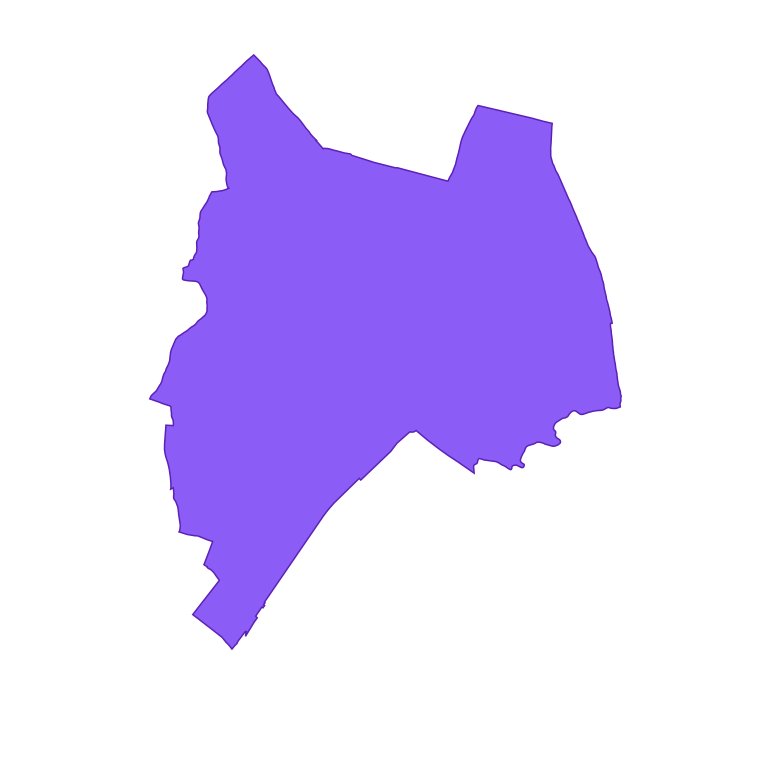 the district of Priponesti, Galati, Romania, rotated 13°
{"feature_id": "2599482B25446233483835", "entity_name": "Priponesti", "entity_type": "district", "adm_level": 2, "iso_a3": "ROU", "parent_name": "Romania", "parent_adm1": "Galati", "projection": "albers", "projection_center": [27.48, 46.089], "detail": "fine", "context": "isolated", "style": "filled", "palette": "violet", "viewbox_px": 768, "rotation_deg": 13, "n_neighbors": 0, "source": "geoboundaries", "source_scale": "gbopen_adm2", "svg_char_len": 6160}
<svg xmlns="http://www.w3.org/2000/svg" viewBox="0 0 768 768"><g transform="rotate(13 384 384)"><path d="M295.5,676.5L297.7,672.1L299.1,670.0L299.6,667.4L304.6,656.3L305.5,656.3L305.4,656.9L305.8,661.0L311.0,645.5L310.9,645.1L311.6,644.1L313.1,640.3L311.2,639.1L315.2,628.8L316.4,629.3L317.5,626.8L316.3,626.4L317.3,624.0L316.5,623.7L354.5,526.6L356.6,521.8L358.9,517.1L362.1,511.2L381.1,481.5L382.9,482.8L383.3,482.3L405.7,448.2L410.0,438.7L419.9,424.9L422.6,424.5L424.5,423.5L425.7,422.1L439.5,429.1L452.5,435.0L463.1,439.4L473.6,443.3L491.9,450.6L489.8,444.0L489.8,443.2L490.4,442.2L492.4,440.6L492.7,439.3L492.6,437.6L492.8,436.1L493.4,435.4L494.3,435.1L498.8,435.5L509.4,434.5L511.3,434.5L513.4,435.0L516.5,436.1L520.2,436.9L524.6,438.6L526.6,439.0L527.0,438.8L527.3,438.4L527.5,437.8L527.3,436.0L527.4,435.4L527.9,434.7L528.4,434.3L530.0,433.6L531.2,433.3L532.2,433.4L535.7,434.3L537.3,434.5L537.9,434.3L538.3,434.0L538.9,433.0L538.9,431.7L538.8,431.1L538.5,430.7L536.4,430.0L535.0,429.2L534.4,428.6L534.0,427.4L534.1,425.1L534.7,421.6L535.3,419.6L536.0,417.7L536.0,416.5L536.5,414.2L536.8,413.3L537.2,412.7L538.5,411.5L542.9,409.0L543.7,408.5L546.3,406.2L548.3,405.8L550.6,405.7L552.9,405.9L554.3,406.3L555.2,406.4L558.6,406.5L560.8,406.7L562.9,406.6L564.6,406.0L566.7,404.6L567.3,404.1L568.6,402.5L569.0,401.8L569.0,400.7L568.9,400.2L568.2,399.3L567.6,398.8L566.7,398.4L564.8,397.8L563.2,396.6L562.8,396.1L562.3,394.8L562.4,393.3L562.1,392.1L561.5,391.3L560.3,390.8L559.4,389.8L558.9,388.2L559.0,386.9L559.5,384.5L559.8,383.8L560.4,382.7L565.5,377.5L566.8,376.7L568.3,376.2L569.5,375.2L570.1,374.6L570.8,373.3L571.2,371.9L572.1,370.2L572.6,369.3L573.5,368.3L574.9,367.3L576.3,367.1L577.7,367.5L580.6,368.8L581.6,369.2L583.0,369.3L583.6,369.2L585.2,368.5L589.6,365.7L594.2,363.3L597.9,361.9L602.2,360.6L604.4,359.2L604.9,358.7L605.8,357.8L607.6,356.4L608.6,356.4L610.9,356.6L614.4,356.0L615.9,355.5L619.4,353.2L618.5,350.7L618.5,349.0L618.6,346.9L618.1,345.3L617.9,344.4L617.9,342.6L617.7,342.1L616.9,341.0L616.1,338.6L615.4,337.1L613.5,334.2L612.2,331.5L610.5,327.1L609.6,324.5L609.1,323.3L608.5,321.2L606.6,317.3L604.5,311.6L603.8,310.4L603.2,308.6L602.7,307.6L602.4,306.6L601.1,303.7L600.4,301.3L599.6,299.5L599.0,297.4L597.6,293.6L597.3,292.3L596.5,289.8L595.8,288.0L595.3,286.6L594.1,283.4L593.2,280.5L591.7,277.0L591.1,274.0L592.7,273.4L590.7,269.0L589.1,266.1L588.0,263.3L586.7,260.5L583.4,254.1L582.0,251.9L581.0,249.2L577.3,241.7L576.3,239.4L575.7,237.6L574.4,235.1L573.3,233.4L571.7,230.0L570.8,228.2L569.6,226.2L567.4,223.2L566.5,221.8L564.9,218.8L561.7,213.4L560.4,211.9L556.9,208.9L551.9,203.6L547.8,197.6L546.5,196.0L544.0,192.0L542.4,189.9L540.2,186.5L538.7,184.6L537.0,182.1L534.9,179.4L534.4,178.4L529.1,171.3L526.3,167.2L523.8,163.8L522.5,162.4L506.6,140.9L503.5,137.6L500.1,132.6L498.9,131.4L495.3,124.7L493.3,116.5L492.6,111.8L489.6,95.1L489.3,92.2L479.9,92.2L467.7,91.7L413.0,91.5L412.1,93.8L411.4,97.8L411.2,101.1L409.8,105.0L409.0,107.8L406.4,118.7L404.9,125.9L404.5,130.6L404.6,142.0L404.3,147.4L404.3,153.8L403.3,160.8L403.2,162.4L401.6,167.5L400.6,172.0L348.7,170.3L346.2,170.8L323.9,170.3L313.3,169.4L301.3,168.5L299.7,167.4L293.1,167.8L286.2,167.5L282.5,167.5L278.0,167.2L275.9,167.3L272.3,167.9L271.8,168.5L264.8,163.3L263.1,162.3L263.6,161.9L258.7,158.8L256.0,156.8L254.3,155.1L250.2,152.2L248.3,150.5L244.1,146.9L240.9,144.5L239.8,143.7L238.3,143.0L234.3,140.7L228.8,136.8L216.3,127.2L213.7,125.5L212.6,123.7L211.5,122.3L209.8,119.4L207.8,116.7L202.7,108.4L199.8,104.3L198.5,102.9L193.9,100.0L190.0,97.1L183.1,92.7L182.6,93.3L177.5,100.2L174.5,104.8L173.9,106.0L172.6,107.7L167.7,114.9L166.5,117.0L164.8,119.3L162.5,122.9L158.8,127.9L156.5,131.5L153.7,135.5L150.8,139.5L149.1,142.4L148.7,143.3L148.6,144.7L148.7,146.2L149.5,152.0L150.1,154.4L150.5,157.9L150.8,159.0L151.2,159.7L158.6,170.2L162.7,175.6L166.6,180.2L167.4,182.4L168.7,186.8L169.9,188.7L171.0,190.7L171.3,191.9L171.9,194.9L172.5,196.5L175.6,201.2L178.0,205.9L179.4,207.8L181.8,210.7L183.1,213.9L183.5,215.7L183.9,219.2L184.4,221.1L185.9,224.7L186.8,226.4L187.9,227.6L188.7,228.1L187.8,228.6L187.0,229.5L185.9,230.3L183.3,231.8L177.4,234.2L173.3,235.4L172.9,235.7L171.9,239.6L171.6,240.3L171.6,241.5L171.3,242.9L170.5,246.6L169.5,249.0L166.7,257.0L166.5,258.9L167.3,264.0L167.0,267.4L166.9,268.1L166.9,268.8L167.2,269.8L167.9,271.3L168.8,273.7L169.0,276.3L169.5,278.8L169.7,279.6L170.2,280.5L170.4,281.2L170.5,283.3L170.2,284.8L169.7,286.2L169.5,287.5L169.9,289.5L171.1,293.6L171.4,295.3L171.6,296.8L171.5,298.6L170.5,301.1L170.2,302.8L170.1,305.5L169.1,306.3L167.6,306.9L167.4,307.2L167.0,310.4L167.0,311.7L166.8,313.0L165.5,314.2L162.9,315.7L162.2,316.5L162.2,316.9L163.5,320.0L163.6,320.9L163.7,324.1L163.9,326.4L164.1,327.1L164.7,327.5L165.5,327.7L169.5,327.5L177.2,326.3L178.8,326.4L179.8,326.6L181.3,327.4L182.0,328.1L185.3,332.3L190.6,338.0L191.7,339.6L192.5,341.3L192.9,344.1L194.1,347.5L194.3,348.3L194.4,349.8L194.7,350.7L195.1,352.7L195.1,353.8L194.7,355.7L194.2,357.1L190.8,361.9L189.5,363.4L188.3,365.0L187.4,367.3L186.7,368.4L185.7,369.8L183.5,371.9L182.4,373.3L180.2,376.3L177.2,379.3L174.2,382.6L173.0,383.6L171.1,387.0L170.5,389.9L169.0,398.8L169.0,401.9L169.4,405.2L169.9,409.9L169.4,414.0L168.4,418.0L168.3,420.2L168.0,421.8L167.4,423.2L167.0,426.3L166.9,431.3L166.3,434.5L165.8,435.3L163.7,441.9L160.3,446.9L159.7,448.2L159.1,451.2L170.2,452.4L172.1,452.8L179.1,453.4L180.6,453.6L181.4,453.9L182.5,457.6L183.5,460.3L184.1,462.9L185.0,464.5L185.9,465.6L186.9,467.3L187.8,470.3L188.0,471.9L180.8,473.2L183.7,491.9L184.9,497.4L186.5,501.4L187.3,502.9L187.8,504.0L191.2,509.7L194.0,515.5L196.9,523.0L198.7,528.7L199.7,532.8L199.8,534.5L202.1,532.6L203.8,537.8L204.3,541.0L204.8,542.8L205.8,543.9L207.3,545.1L210.7,550.1L211.9,553.2L213.4,557.6L217.4,567.7L217.8,571.6L217.9,573.1L217.5,574.2L226.1,574.9L234.0,574.4L236.7,573.9L247.4,575.6L252.5,576.0L251.1,587.2L249.2,600.6L252.7,601.8L252.7,602.2L254.4,603.3L256.5,603.6L259.0,605.0L260.8,606.2L263.5,608.7L267.1,611.8L267.7,612.5L249.5,651.7L273.1,662.5L283.4,667.4L288.7,671.6L289.5,671.9L292.4,673.9L295.2,676.3L295.5,676.5Z" fill="#8b5cf6" stroke="#5b21b6" stroke-width="1.5"/></g></svg>